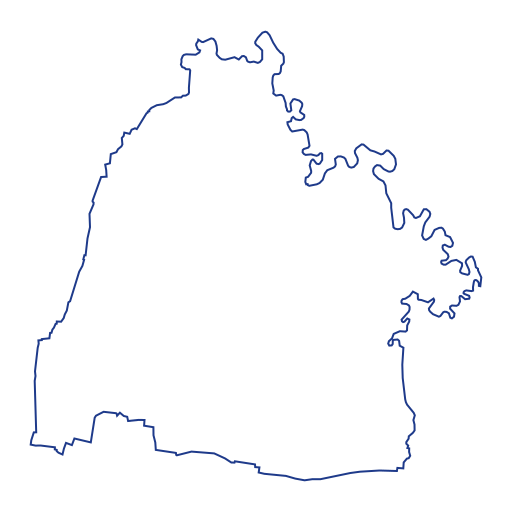 Khaen Dong, Buri Ram, Thailand
{"feature_id": "78962969B83318821115464", "entity_name": "Khaen Dong", "entity_type": "district", "adm_level": 2, "iso_a3": "THA", "parent_name": "Thailand", "parent_adm1": "Buri Ram", "projection": "natural_earth1", "projection_center": [103.156, 15.325], "detail": "fine", "context": "isolated", "style": "outline", "palette": "blue", "viewbox_px": 512, "rotation_deg": 0, "n_neighbors": 0, "source": "geoboundaries", "source_scale": "gbopen_adm2", "svg_char_len": 5990}
<svg xmlns="http://www.w3.org/2000/svg" viewBox="0 0 512 512"><path d="M304.6,480.3L312.3,479.2L320.4,479.2L350.4,473.0L360.0,471.7L379.6,470.5L396.9,471.0L397.4,467.9L403.3,468.4L403.7,462.4L406.9,458.6L408.7,458.2L410.2,455.8L409.1,452.0L409.2,448.4L407.4,448.0L408.2,445.6L406.3,443.7L406.3,442.1L408.6,438.7L408.8,436.3L413.0,432.7L414.6,430.4L414.5,424.5L413.4,420.1L414.8,415.3L413.7,412.8L407.1,404.7L405.9,402.2L405.2,399.3L402.7,378.0L402.3,364.7L403.4,347.7L399.7,345.7L399.1,340.8L397.6,339.5L393.3,339.9L392.8,340.8L392.7,344.0L391.7,345.4L389.3,345.6L388.2,343.6L388.9,341.2L392.0,338.4L393.7,333.9L399.9,331.2L405.6,331.6L407.0,330.4L407.2,325.4L409.2,321.6L409.4,319.5L407.3,318.5L404.4,321.7L403.1,322.1L402.0,321.3L401.6,319.6L408.8,311.6L409.5,309.7L409.6,307.0L409.0,305.5L406.6,304.0L402.1,303.6L401.4,302.1L401.6,300.6L402.6,299.2L405.3,298.7L409.7,295.9L412.9,291.6L417.8,294.2L417.9,298.9L418.5,299.7L421.4,300.0L428.0,302.3L433.5,298.6L434.2,300.0L433.9,301.7L428.9,308.5L429.1,310.1L430.1,311.6L433.0,314.2L438.9,316.7L440.4,316.0L443.3,312.2L444.5,311.7L446.6,311.9L448.9,313.3L450.3,317.7L451.9,318.4L454.0,316.7L454.5,313.4L450.1,308.7L450.2,306.6L452.0,305.5L456.5,305.8L458.4,304.8L460.0,301.4L459.5,297.1L460.1,296.0L461.4,296.1L465.1,299.2L469.2,298.7L469.6,297.4L469.1,295.8L464.1,293.8L463.5,293.1L463.7,292.1L464.5,291.1L466.3,290.4L471.6,291.1L473.1,290.6L473.0,287.1L473.8,282.2L474.3,280.6L475.2,280.0L476.5,280.2L478.1,281.7L478.9,283.4L478.9,285.9L480.3,286.2L481.3,277.4L478.0,270.3L478.0,268.8L475.9,267.3L474.8,261.8L472.6,256.7L470.9,256.5L469.1,257.5L466.4,260.1L465.8,261.4L465.7,262.5L468.8,269.2L469.5,272.0L468.9,274.1L467.6,274.8L462.1,273.4L460.3,272.2L460.1,270.6L462.1,265.9L462.0,263.3L456.4,259.9L451.4,260.9L445.6,264.7L443.7,264.7L441.6,263.6L441.1,262.0L441.6,260.7L446.0,260.2L447.6,258.6L448.5,256.7L447.8,254.2L443.2,249.8L442.5,247.6L442.8,245.5L444.8,244.7L448.5,246.7L450.5,247.0L452.3,245.8L453.0,242.9L450.1,237.1L445.5,235.2L444.8,231.6L442.9,228.6L441.5,227.7L439.1,227.9L434.6,229.9L431.3,236.3L428.3,238.6L425.9,239.9L423.7,238.9L422.1,235.4L423.8,226.3L425.3,222.4L429.6,216.7L430.3,213.9L429.5,211.7L426.4,209.2L423.8,209.3L419.9,216.3L415.9,218.0L414.3,217.4L413.2,215.3L407.9,209.7L406.2,209.1L404.6,209.6L403.7,210.7L403.1,213.2L404.0,217.8L404.3,222.9L402.1,227.5L400.1,228.9L397.7,229.2L395.1,228.7L393.5,227.4L391.2,207.8L391.2,203.2L386.3,193.3L385.5,185.4L383.4,181.4L378.6,178.8L373.9,174.1L373.1,171.1L373.5,168.5L375.1,166.4L377.0,165.1L380.2,165.6L383.7,169.1L388.4,171.5L390.0,171.7L392.4,171.0L394.3,169.2L396.0,164.4L395.3,158.8L393.7,155.8L388.5,150.7L386.5,150.5L383.0,153.9L381.0,154.4L374.5,151.5L370.3,150.3L363.5,144.6L361.6,144.4L356.3,148.3L354.8,151.0L355.0,153.1L357.4,157.8L357.9,160.2L357.2,163.4L353.8,167.0L351.3,167.6L349.3,167.0L348.1,165.7L345.4,158.9L343.9,157.5L340.8,156.4L337.9,156.5L335.0,158.9L335.8,164.5L335.1,166.4L333.5,167.7L327.3,170.2L324.9,173.4L322.8,179.7L319.6,183.0L316.8,184.3L309.3,185.8L307.8,185.1L307.6,184.1L306.2,184.3L305.3,181.9L305.8,177.6L308.1,176.8L311.1,172.8L311.2,171.0L309.7,165.4L311.0,161.1L312.5,159.5L313.4,159.6L316.6,163.7L318.7,164.1L319.9,163.5L322.2,160.0L322.2,153.8L321.3,153.1L319.9,153.4L318.4,155.1L316.6,155.8L311.0,154.4L305.6,154.9L303.8,153.9L302.6,152.3L302.8,150.0L303.9,149.0L308.3,147.6L309.5,145.8L307.6,134.5L306.7,132.4L304.3,130.1L302.7,129.6L292.2,131.5L290.4,129.8L287.7,124.5L287.4,122.2L291.0,121.2L291.7,118.1L293.1,116.9L295.8,119.4L299.5,120.1L301.2,119.9L303.7,118.0L304.3,116.7L304.2,114.9L300.4,112.4L299.9,111.2L302.1,106.2L302.3,104.0L301.7,102.7L299.3,100.6L294.6,99.1L293.1,99.4L290.4,103.5L291.3,110.3L289.9,111.6L288.2,111.6L287.0,110.4L287.0,109.3L285.9,106.5L285.6,102.9L283.3,96.3L281.7,95.1L280.3,94.8L276.1,95.6L273.3,93.5L273.7,90.5L272.3,83.4L272.7,77.4L273.3,75.5L274.5,74.2L278.7,74.0L279.9,73.1L280.7,71.4L281.2,65.7L283.3,63.7L283.9,62.2L283.7,56.6L282.6,53.7L280.7,52.8L277.1,48.9L273.2,42.7L269.6,35.2L267.1,32.3L265.3,31.7L262.4,32.7L257.9,37.6L255.3,41.7L255.2,43.2L256.3,45.0L258.7,46.7L262.2,50.4L262.2,59.3L259.9,62.0L257.8,62.9L253.8,61.6L250.0,62.3L248.1,61.7L247.2,60.9L245.9,57.3L243.8,56.0L242.0,56.2L238.8,59.5L234.5,57.2L225.3,59.7L221.8,59.3L219.6,57.8L216.9,54.9L216.5,53.6L217.1,50.2L216.6,45.8L215.4,41.5L213.4,38.9L211.2,38.4L203.1,42.1L201.7,41.9L198.3,39.6L197.9,41.3L196.3,43.6L196.1,45.1L197.8,49.4L200.1,50.4L199.4,52.4L195.7,54.7L186.2,54.3L183.9,54.9L182.7,56.1L181.4,59.3L181.5,62.1L180.9,64.6L182.2,67.1L184.6,67.9L185.8,69.2L189.5,69.3L190.2,70.4L188.9,87.8L189.0,92.5L188.4,94.0L185.7,95.6L182.9,95.7L181.1,97.4L174.9,97.5L166.4,103.0L163.2,104.2L156.8,105.2L151.4,107.9L149.3,110.0L149.3,111.3L147.8,111.5L147.7,112.6L146.5,113.3L136.8,129.1L135.0,128.3L131.6,129.7L129.7,133.8L124.3,132.6L123.7,135.9L121.8,138.0L122.4,144.4L121.4,146.4L118.0,149.2L116.4,152.2L110.8,154.1L109.9,163.3L105.2,164.6L106.2,170.1L106.6,176.7L101.1,177.0L92.6,200.6L92.6,201.6L93.6,202.6L93.5,204.4L89.5,213.8L90.0,227.2L87.5,238.4L85.6,255.3L84.4,255.2L83.3,259.4L84.1,259.8L82.4,265.9L79.2,271.7L70.1,301.2L68.4,302.3L66.8,310.6L64.8,314.4L63.7,318.1L61.1,321.7L56.8,321.5L56.7,323.7L55.6,323.9L53.9,327.7L52.4,329.6L51.5,332.8L50.1,332.9L49.4,338.3L41.8,339.1L41.8,340.1L38.4,340.4L38.7,343.7L37.7,347.8L35.0,371.4L35.5,376.0L34.7,380.9L36.2,432.3L33.8,432.4L31.3,440.2L30.7,444.6L35.5,445.6L40.5,445.5L54.9,447.3L54.8,449.4L56.7,449.9L56.7,451.1L58.5,452.7L62.5,454.5L63.9,448.7L66.0,442.9L71.9,445.1L74.4,438.5L90.8,442.4L94.7,417.7L96.0,415.7L103.6,411.8L116.0,413.2L116.6,413.6L117.1,415.7L119.9,412.7L123.8,416.0L127.2,416.8L128.1,421.0L138.6,419.9L144.5,420.0L144.1,425.7L153.4,427.2L153.5,435.3L155.3,442.5L155.8,449.9L175.9,452.9L176.2,454.9L176.8,455.3L191.5,451.6L214.2,453.4L225.0,458.4L231.3,462.5L234.5,462.6L234.9,461.3L255.0,464.4L255.2,467.1L259.4,467.4L258.7,472.5L264.3,473.8L285.9,475.9L295.3,478.6L304.6,480.3Z" fill="none" stroke="#1e3a8a" stroke-width="2"/></svg>